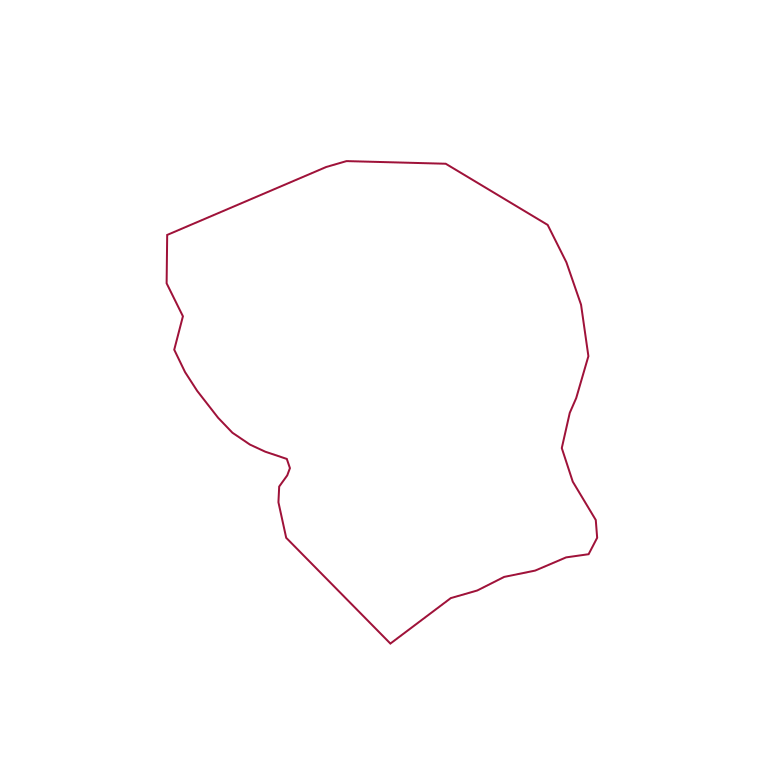 map outline of Mirna Pec (orthographic projection), rotated 120°
{"feature_id": "SVN-242", "entity_name": "Mirna Pec", "entity_type": "Municipality", "adm_level": 1, "iso_a3": "SVN", "parent_name": "Slovenia", "parent_adm1": "", "projection": "orthographic", "projection_center": [15.099, 45.85], "detail": "fine", "context": "isolated", "style": "outline", "palette": "rose", "viewbox_px": 768, "rotation_deg": 120, "n_neighbors": 0, "source": "natural_earth", "source_scale": "10m", "svg_char_len": 610}
<svg xmlns="http://www.w3.org/2000/svg" viewBox="0 0 768 768"><g transform="rotate(120 384 384)"><path d="M605.6,248.7L566.1,391.8L539.2,416.3L525.2,423.5L511.5,422.1L503.9,423.4L497.5,430.7L502.0,453.0L503.5,469.8L502.0,490.9L496.2,510.8L483.4,542.3L473.2,562.2L459.2,582.8L425.9,592.0L405.5,622.6L363.3,646.3L225.0,542.6L209.7,527.9L162.4,440.7L164.4,321.8L187.4,286.9L216.8,253.0L257.7,220.9L300.1,210.5L316.1,208.7L350.6,198.0L374.2,171.7L395.9,132.6L410.6,122.5L429.1,121.7L443.1,139.6L470.0,159.8L491.0,183.5L516.2,200.0L536.0,219.1L605.6,248.7Z" fill="none" stroke="#9f1239" stroke-width="2"/></g></svg>